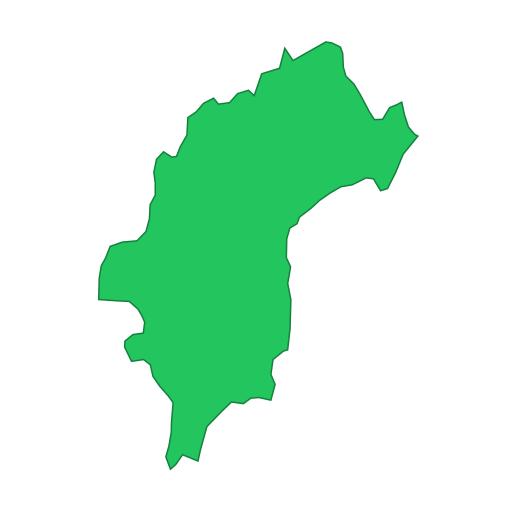 Örebro, Orebro, Sweden, rotated 273°
{"feature_id": "70781695B32779810801713", "entity_name": "Örebro", "entity_type": "district", "adm_level": 2, "iso_a3": "SWE", "parent_name": "Sweden", "parent_adm1": "Orebro", "projection": "robinson", "projection_center": [15.349, 59.26], "detail": "fine", "context": "isolated", "style": "filled", "palette": "green", "viewbox_px": 512, "rotation_deg": 273, "n_neighbors": 0, "source": "geoboundaries", "source_scale": "gbopen_adm2", "svg_char_len": 1468}
<svg xmlns="http://www.w3.org/2000/svg" viewBox="0 0 512 512"><g transform="rotate(273 256 256)"><path d="M417.3,393.5L414.4,388.6L411.2,381.7L399.1,375.3L398.4,367.1L405.4,362.0L423.2,351.3L432.8,344.8L440.4,336.3L449.3,333.3L462.7,332.0L469.0,329.4L472.8,320.5L473.4,314.5L456.9,288.6L453.1,282.7L465.0,273.9L444.7,269.7L438.3,252.2L416.0,245.8L421.1,239.8L417.2,229.2L407.7,221.5L405.7,210.5L411.4,205.4L405.7,195.6L396.8,188.8L390.7,180.7L373.1,180.7L361.2,174.7L351.3,171.4L350.3,166.8L355.2,158.2L347.3,151.6L334.4,149.6L323.5,151.6L311.5,152.2L301.6,147.6L287.7,147.6L274.8,144.9L264.9,136.3L262.9,121.8L258.0,109.9L246.1,105.9L238.2,102.0L225.3,100.6L204.3,101.2L204.0,118.2L204.0,131.8L196.7,141.0L190.6,145.0L184.1,148.3L173.1,147.5L171.1,137.2L164.2,129.6L158.1,129.6L144.3,137.2L146.7,149.1L141.8,156.2L130.4,159.4L121.1,166.5L111.7,175.7L105.2,180.9L85.2,180.3L75.5,180.6L61.7,179.0L50.7,176.5L38.6,181.7L43.5,186.7L53.7,193.1L48.2,208.8L59.3,210.6L83.1,215.9L99.0,229.8L108.9,239.1L107.9,251.1L113.8,258.4L114.8,266.4L112.8,278.4L128.7,281.8L138.6,277.1L153.5,278.4L162.5,288.4L163.9,292.5L185.3,293.8L214.2,293.1L230.1,289.1L247.0,291.1L255.9,286.4L274.8,285.8L285.8,288.4L290.4,295.3L297.1,297.4L306.6,308.5L314.9,316.6L322.6,326.5L329.6,337.1L332.1,348.3L339.8,362.0L339.2,369.3L327.7,377.0L330.2,383.8L346.8,391.1L365.3,397.6L384.2,411.4L385.9,407.9L392.9,401.4L405.3,396.7L417.3,393.5Z" fill="#22c55e" stroke="#15803d" stroke-width="1.5"/></g></svg>